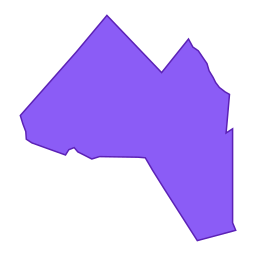 Cordilheira Alta, Santa Catarina, Brazil (Natural Earth projection)
{"feature_id": "56859067B61939757447304", "entity_name": "Cordilheira Alta", "entity_type": "district", "adm_level": 2, "iso_a3": "BRA", "parent_name": "Brazil", "parent_adm1": "Santa Catarina", "projection": "natural_earth1", "projection_center": [-52.641, -26.979], "detail": "fine", "context": "isolated", "style": "filled", "palette": "violet", "viewbox_px": 256, "rotation_deg": 0, "n_neighbors": 0, "source": "geoboundaries", "source_scale": "gbopen_adm2", "svg_char_len": 537}
<svg xmlns="http://www.w3.org/2000/svg" viewBox="0 0 256 256"><path d="M235.7,230.3L232.6,222.8L232.6,128.8L226.1,133.0L229.5,94.4L225.1,91.9L219.4,87.5L215.6,82.5L213.2,77.6L209.1,70.8L207.0,63.6L203.1,57.9L198.3,50.8L192.8,47.0L188.5,39.0L161.6,72.6L106.9,15.4L76.2,52.1L20.3,115.5L22.9,123.9L25.8,131.6L26.3,139.2L31.9,142.9L65.5,155.0L68.8,149.7L74.2,147.6L77.8,151.9L84.0,155.0L91.8,159.0L99.5,156.6L138.1,157.2L145.3,157.8L152.6,170.3L164.7,189.6L197.3,240.6L235.7,230.3Z" fill="#8b5cf6" stroke="#5b21b6" stroke-width="1.5"/></svg>